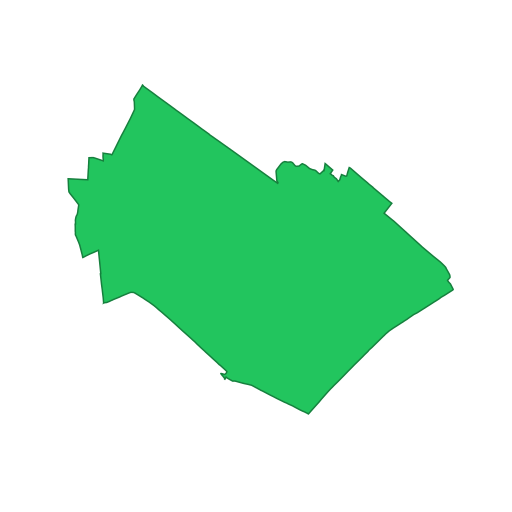 Stefanestii De Jos, Ilfov, Romania, rotated 282°
{"feature_id": "2599482B64746522486763", "entity_name": "Stefanestii De Jos", "entity_type": "district", "adm_level": 2, "iso_a3": "ROU", "parent_name": "Romania", "parent_adm1": "Ilfov", "projection": "robinson", "projection_center": [26.191, 44.546], "detail": "fine", "context": "isolated", "style": "filled", "palette": "green", "viewbox_px": 512, "rotation_deg": 282, "n_neighbors": 0, "source": "geoboundaries", "source_scale": "gbopen_adm2", "svg_char_len": 5160}
<svg xmlns="http://www.w3.org/2000/svg" viewBox="0 0 512 512"><g transform="rotate(282 256 256)"><path d="M112.4,340.1L115.2,341.7L117.5,343.0L121.9,345.5L126.2,348.0L129.5,349.7L134.8,352.7L138.0,354.5L141.4,356.5L143.5,357.9L145.8,359.3L148.0,360.8L149.8,362.0L157.0,366.6L160.5,368.8L162.6,370.1L164.9,371.6L167.4,373.2L169.8,374.7L174.3,377.7L180.9,382.0L181.6,382.4L184.4,384.3L185.9,385.3L187.2,385.9L188.8,387.0L190.5,388.3L193.1,390.0L197.3,392.8L201.6,395.6L203.7,397.0L204.1,397.2L204.5,397.6L205.9,398.5L206.7,399.0L208.5,400.4L210.6,402.0L213.8,405.0L217.9,409.2L218.4,409.7L218.9,410.2L220.5,411.8L221.1,412.4L221.7,413.1L222.9,414.2L223.6,414.9L224.4,415.7L225.3,416.7L226.6,417.8L228.3,419.4L230.3,421.3L231.6,422.5L234.0,425.5L245.2,436.9L247.3,439.0L248.1,439.8L249.6,441.4L252.5,444.3L253.9,445.4L255.2,446.8L256.7,448.5L263.7,455.6L264.4,455.8L269.1,452.0L270.3,450.2L271.9,448.4L272.1,448.4L274.9,450.0L275.0,450.0L275.3,450.2L275.6,450.2L276.9,449.8L278.1,449.2L283.9,444.1L284.2,444.1L285.5,442.3L287.1,439.8L288.5,437.5L292.7,429.2L299.8,415.9L300.0,415.7L318.9,383.3L319.2,382.6L324.1,373.1L324.5,372.4L335.4,377.7L335.8,377.9L337.1,375.1L339.3,371.0L342.7,364.7L347.2,356.3L347.4,356.2L350.0,351.1L350.7,350.0L354.9,342.1L361.6,330.0L361.9,328.8L357.0,328.3L353.2,328.1L352.7,327.3L353.4,322.7L352.5,322.7L350.8,322.3L347.9,322.1L347.3,321.7L346.0,320.9L348.2,318.6L349.3,316.2L350.6,314.9L350.6,314.2L350.8,313.7L351.4,312.8L351.9,311.5L356.0,313.2L360.2,305.6L360.8,304.4L354.4,304.8L354.4,304.6L353.5,304.7L353.4,304.3L353.4,304.2L349.6,301.5L349.7,300.9L349.9,300.0L351.9,296.7L352.2,295.7L352.2,294.6L352.2,293.0L352.7,290.2L355.0,285.8L355.2,285.2L355.9,282.2L355.5,281.6L352.9,279.4L352.1,276.7L352.4,275.5L354.9,272.3L355.3,270.5L354.5,267.9L354.3,266.7L354.4,266.2L354.3,264.4L353.3,262.9L351.4,261.4L344.8,258.3L343.6,258.0L342.7,258.1L334.1,260.7L332.2,262.3L331.6,262.1L331.7,261.9L333.8,256.9L352.9,213.4L359.4,198.4L365.0,185.3L365.5,184.7L365.7,184.2L366.5,182.3L366.8,181.7L367.4,180.3L368.2,178.5L368.9,176.8L371.4,171.4L376.5,159.9L379.9,152.4L382.3,146.9L382.4,146.7L382.6,146.4L388.7,132.8L391.5,126.5L393.8,121.6L399.0,109.9L399.3,110.0L399.6,109.4L398.3,109.1L396.0,108.3L395.0,108.0L394.2,107.7L392.7,107.1L389.4,105.8L386.4,104.7L384.4,104.0L384.1,103.9L383.9,104.0L383.1,104.2L382.8,104.3L381.6,104.9L380.0,105.3L377.2,106.0L375.6,106.4L374.3,106.7L374.0,106.7L373.3,106.6L364.3,104.5L353.6,101.6L349.0,100.3L346.0,99.4L325.6,94.2L325.0,93.9L325.3,92.5L325.1,89.6L324.8,85.0L324.2,85.2L321.8,85.6L319.9,86.1L318.6,86.6L317.3,86.8L318.3,78.1L318.4,76.2L317.4,72.2L314.9,72.6L313.6,72.8L311.3,73.2L309.1,73.5L307.7,73.8L305.9,74.0L302.6,74.5L295.6,75.6L294.2,67.0L294.2,66.9L292.5,56.2L282.5,58.8L279.9,59.7L279.5,60.0L278.0,61.6L275.0,65.3L272.1,68.7L269.6,71.6L269.1,72.0L267.4,72.1L263.8,72.3L262.2,72.5L261.6,72.5L261.2,72.5L259.5,72.5L258.3,72.1L257.5,71.9L256.7,71.8L254.9,71.8L253.5,71.9L253.3,71.9L252.8,72.1L251.1,72.5L250.3,72.7L249.6,72.8L249.5,72.5L247.6,73.0L245.9,73.4L243.5,73.9L242.9,74.0L241.4,74.5L240.1,74.7L239.4,74.9L239.1,75.0L238.0,75.9L234.4,78.4L233.0,79.4L230.2,81.2L227.4,82.6L225.6,83.5L222.8,84.9L221.2,85.7L220.1,86.2L219.1,86.6L218.5,86.9L218.6,87.1L218.8,87.3L220.1,88.9L220.5,89.3L223.6,93.3L225.6,96.2L228.9,100.7L218.3,104.1L206.4,107.9L206.2,107.5L202.9,108.6L196.2,110.8L190.9,112.7L190.2,112.9L183.8,115.1L182.5,115.5L178.8,116.6L178.6,116.7L178.4,116.7L178.5,116.8L178.5,117.0L178.8,117.7L179.0,118.1L179.2,118.7L179.3,119.1L179.6,119.8L180.3,120.8L181.0,121.9L181.8,122.9L182.5,123.8L183.0,124.6L183.6,125.3L184.1,126.0L184.5,126.6L184.9,127.2L186.5,129.6L187.8,131.5L188.0,131.7L188.4,132.2L188.8,132.7L189.4,133.6L190.4,135.0L190.6,135.3L191.8,137.1L193.0,138.8L193.9,140.2L194.5,141.3L194.6,142.0L194.8,143.1L194.9,143.9L194.6,145.2L193.4,148.7L192.2,152.0L191.4,154.3L190.5,156.4L189.7,158.5L188.8,160.9L186.3,166.5L185.1,168.8L183.3,171.9L181.5,175.4L180.2,177.7L179.4,179.1L177.8,182.1L176.4,184.6L175.2,186.7L175.1,186.8L172.7,191.0L170.9,194.0L167.3,200.1L166.0,202.4L163.9,206.1L162.0,209.4L160.5,211.9L159.4,213.9L157.4,216.9L156.3,218.8L154.7,221.4L153.2,224.0L152.4,225.4L151.6,226.6L149.4,230.4L146.4,235.5L143.9,239.8L141.9,242.9L141.8,243.5L138.7,248.8L137.0,251.5L136.4,251.5L135.9,251.4L135.4,251.3L134.7,251.0L134.0,250.3L133.7,250.0L133.6,249.6L133.7,248.7L133.8,247.2L133.8,246.2L133.7,246.1L133.4,246.3L132.6,247.3L131.9,248.1L131.8,248.4L131.4,248.9L131.1,249.1L130.9,249.4L130.5,250.0L130.3,250.3L130.0,250.5L129.6,250.7L129.3,250.8L129.2,250.8L129.0,251.2L129.2,251.3L131.3,251.9L130.9,252.6L129.9,255.5L129.1,258.1L128.8,259.2L129.3,261.2L129.3,262.0L129.0,267.0L128.8,270.4L128.8,272.4L128.8,273.9L128.8,275.1L128.7,277.0L128.7,277.5L128.7,278.4L128.0,280.9L127.3,283.2L127.0,284.4L126.6,285.6L126.1,287.4L125.5,289.1L125.5,289.7L124.4,293.6L123.8,295.7L122.8,299.3L122.1,302.1L121.0,306.0L120.4,308.4L119.5,312.0L118.9,314.3L118.5,316.6L118.0,318.3L117.8,319.2L117.3,321.6L117.0,323.0L116.2,325.6L115.2,329.1L114.7,330.8L114.0,333.7L113.6,335.9L113.1,337.7L113.0,338.2L112.4,340.1Z" fill="#22c55e" stroke="#15803d" stroke-width="1.5"/></g></svg>